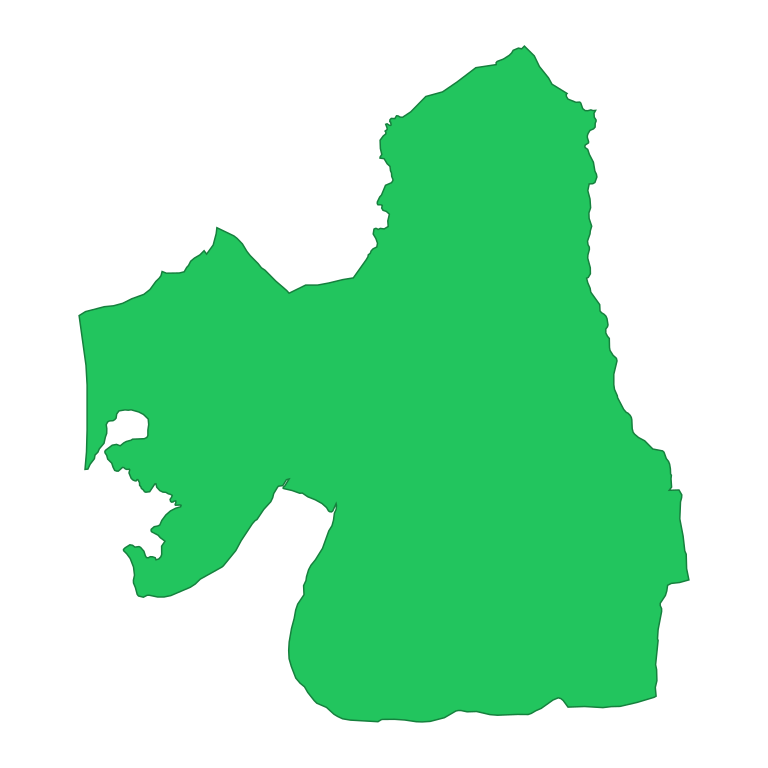 the district of Eratap, Shefa, Vanuatu
{"feature_id": "77236927B93199120734028", "entity_name": "Eratap", "entity_type": "district", "adm_level": 2, "iso_a3": "VUT", "parent_name": "Vanuatu", "parent_adm1": "Shefa", "projection": "albers", "projection_center": [168.385, -17.773], "detail": "fine", "context": "isolated", "style": "filled", "palette": "green", "viewbox_px": 768, "rotation_deg": 0, "n_neighbors": 0, "source": "geoboundaries", "source_scale": "gbopen_adm2", "svg_char_len": 6085}
<svg xmlns="http://www.w3.org/2000/svg" viewBox="0 0 768 768"><path d="M216.9,227.7L216.2,233.6L213.2,245.0L206.6,254.1L204.1,250.7L199.9,254.9L194.4,258.1L190.7,261.2L188.5,265.5L186.7,267.4L184.2,271.8L179.3,273.0L166.4,273.2L162.1,271.5L161.0,275.7L159.2,278.2L155.8,281.5L150.0,289.5L143.8,294.4L131.9,298.7L122.7,303.3L113.5,305.8L104.3,306.7L85.5,311.6L79.1,315.6L86.0,365.4L87.1,385.0L87.1,429.8L86.5,451.9L85.0,469.4L87.9,469.1L90.1,464.3L94.4,458.7L95.0,455.1L97.9,452.2L99.3,448.9L104.0,443.3L105.4,437.0L106.7,433.4L106.8,428.6L106.2,424.7L107.7,421.9L109.5,420.9L113.0,420.7L114.8,419.6L116.1,418.1L116.7,414.0L119.0,410.9L125.0,409.9L128.4,410.2L131.1,409.8L138.8,412.0L143.4,414.4L148.2,419.0L148.7,424.6L147.9,430.0L147.9,435.6L146.8,437.5L144.3,438.7L132.5,439.2L131.1,440.2L126.3,441.5L123.9,442.8L120.2,445.8L116.5,444.4L112.2,445.2L105.5,450.3L104.9,451.3L105.0,452.8L106.7,455.4L107.7,459.1L111.7,463.1L113.1,467.3L114.7,470.4L116.7,471.1L118.4,471.1L122.5,467.4L123.9,467.6L125.3,468.9L126.7,469.4L129.4,469.2L129.7,469.8L129.0,473.0L131.2,478.4L133.1,480.1L135.2,480.9L136.3,480.8L137.0,479.6L137.8,479.6L139.5,482.6L139.6,485.4L140.8,486.7L141.4,488.4L143.3,489.9L144.5,491.7L145.8,492.2L149.7,491.7L154.8,484.0L155.9,483.8L156.8,487.3L159.8,490.6L162.9,492.1L165.8,492.3L168.3,493.8L170.4,494.3L172.2,495.4L171.6,497.2L170.1,499.3L170.5,501.2L171.4,502.1L173.0,502.0L174.2,501.1L175.7,500.9L175.9,502.6L175.1,504.4L175.4,505.2L180.4,505.0L181.1,505.3L180.6,506.8L175.7,508.2L170.5,510.9L165.9,514.9L161.8,520.4L159.8,525.0L157.7,526.0L154.2,526.7L151.2,529.3L151.1,530.9L151.8,531.9L158.1,535.2L160.3,537.7L165.0,541.2L161.6,546.2L161.7,554.4L160.8,556.8L158.7,559.0L156.0,559.8L155.2,557.7L152.6,556.8L150.2,556.7L148.3,557.8L146.5,557.6L145.4,555.8L143.9,551.2L140.6,547.4L139.0,546.6L134.9,547.1L132.6,545.3L129.9,544.8L125.1,547.8L123.5,549.4L123.6,550.7L126.8,553.9L130.2,558.5L133.5,567.0L134.5,575.2L133.4,580.2L133.5,583.0L135.4,587.6L137.2,594.4L138.5,596.0L143.4,597.2L147.1,595.3L149.1,595.2L157.7,597.0L164.0,597.0L170.8,595.6L190.4,587.2L195.3,584.0L200.3,579.1L222.0,567.0L223.4,565.8L235.8,550.6L241.2,540.6L252.3,523.8L255.0,520.7L257.0,519.5L263.7,509.5L270.8,501.7L272.7,497.7L273.7,493.6L277.5,487.3L278.4,486.2L282.8,485.6L286.4,479.7L289.1,479.0L284.7,486.1L283.3,487.3L283.1,488.2L283.8,488.6L292.1,490.5L299.6,493.2L302.4,493.1L307.8,496.8L315.3,499.8L322.0,503.5L326.6,507.6L328.5,510.9L329.7,511.7L331.5,511.9L332.8,510.9L336.1,503.6L336.5,505.3L336.2,509.2L334.4,513.2L333.5,520.2L332.0,525.7L328.8,530.9L322.5,548.4L315.4,559.8L311.0,565.2L308.6,569.7L306.5,576.7L306.0,580.5L303.6,585.6L304.0,594.7L297.7,604.1L295.7,610.0L294.2,618.4L291.5,628.5L289.2,641.9L288.7,650.4L289.1,658.7L291.3,666.4L295.8,678.1L300.2,683.3L304.5,686.8L307.8,692.5L314.2,700.6L316.8,703.2L326.5,707.4L333.9,714.2L337.5,716.4L342.6,718.8L350.4,720.1L378.0,721.7L381.2,719.7L382.5,719.4L394.6,719.3L404.8,720.0L416.2,721.7L422.1,721.9L430.2,721.4L444.4,717.7L455.9,711.0L458.2,710.5L461.0,710.5L467.1,711.8L476.6,711.5L489.9,714.6L497.5,715.2L517.5,714.4L528.2,714.5L531.3,713.4L535.9,710.7L541.2,708.4L553.0,700.0L558.3,697.8L560.9,698.6L563.2,700.5L568.0,707.1L584.6,706.5L602.9,707.6L611.4,706.6L620.0,706.4L637.2,702.4L654.1,697.3L656.1,696.2L655.3,687.4L656.9,680.7L656.6,669.6L655.6,664.7L658.1,640.4L657.5,638.8L658.1,629.7L661.6,611.6L661.6,608.7L660.2,605.5L660.2,603.3L665.4,595.5L666.8,590.9L667.6,585.3L671.3,583.4L679.6,582.5L688.9,579.9L686.6,568.6L686.2,554.2L684.8,551.0L683.1,536.1L679.8,518.9L680.5,501.9L681.6,497.7L681.8,494.9L679.0,490.0L669.2,490.3L671.6,487.1L671.0,478.8L671.4,475.2L670.6,474.1L670.4,468.9L669.6,464.1L668.5,461.4L666.3,458.6L664.0,452.2L662.6,450.9L652.8,449.0L644.7,440.8L638.5,437.5L634.6,434.2L633.1,432.2L632.2,428.6L631.8,419.7L631.3,417.4L630.1,415.3L628.0,413.2L626.3,412.4L623.7,409.4L617.6,397.7L617.3,395.7L614.5,389.4L613.8,384.6L613.8,374.2L617.0,360.9L616.4,358.3L613.0,355.2L610.0,350.4L609.5,347.5L609.3,338.4L607.5,336.3L605.8,333.0L605.8,329.0L607.5,326.7L608.0,324.9L607.0,318.6L605.9,316.1L604.1,314.3L601.5,312.7L600.0,310.9L599.7,304.6L590.8,292.2L590.1,288.2L587.7,282.6L586.6,278.2L588.3,277.4L590.4,273.8L590.3,267.8L587.7,258.1L587.9,255.0L589.4,249.4L589.3,247.1L588.0,244.7L587.5,241.1L590.0,233.9L590.3,230.9L591.7,226.2L589.1,218.4L588.9,212.9L590.6,207.8L590.0,199.0L587.8,190.6L589.2,183.9L592.8,183.7L594.9,182.5L596.9,177.0L596.4,174.2L594.9,171.1L593.4,162.2L589.4,154.5L587.7,149.4L585.2,147.6L584.8,146.2L585.3,145.0L588.5,142.9L588.6,141.6L587.4,137.8L587.3,135.9L588.1,133.5L590.0,130.4L593.5,128.9L595.1,127.1L595.2,123.3L596.1,121.1L596.0,119.8L594.3,117.3L594.0,113.3L595.6,110.4L593.0,110.6L590.9,109.9L587.8,110.7L585.1,110.6L582.7,108.6L580.8,103.1L579.8,102.1L575.9,102.3L568.0,99.1L566.4,96.5L566.2,94.4L567.1,93.5L552.0,84.2L548.6,78.0L539.4,66.5L534.3,55.9L524.4,46.1L521.7,48.8L518.4,48.1L513.2,50.3L511.7,52.9L509.3,55.3L503.3,59.1L497.2,61.4L496.1,62.7L496.2,64.6L475.8,67.7L456.9,82.1L442.5,91.9L425.8,96.5L410.7,111.9L402.5,117.3L400.2,117.1L398.0,115.9L396.5,115.8L394.8,118.6L391.3,118.4L390.0,119.7L389.8,121.1L389.8,121.7L390.6,122.1L391.1,124.9L390.7,125.4L389.6,125.4L387.1,123.8L385.7,124.3L387.1,128.0L387.1,129.6L385.1,131.1L385.9,132.2L385.8,133.9L383.2,136.0L380.1,140.2L380.4,148.6L381.8,154.5L380.1,157.0L380.0,158.1L384.1,158.7L387.2,163.8L390.0,166.4L390.5,170.7L391.5,173.1L391.7,176.4L392.9,179.3L392.9,180.6L391.5,182.7L385.5,185.3L381.5,195.0L379.7,197.0L377.3,202.0L377.3,203.7L378.0,204.8L380.9,204.8L382.2,205.4L381.7,208.1L383.0,210.3L386.3,211.4L389.4,214.2L387.8,220.9L388.2,226.5L384.2,228.9L380.3,228.4L378.1,229.5L376.6,228.5L375.4,228.4L374.0,229.1L373.2,234.0L375.9,238.6L377.5,243.2L376.8,247.0L373.1,248.8L371.2,250.8L370.2,253.4L368.3,254.8L368.0,256.7L366.3,259.6L353.3,277.9L342.8,279.6L328.8,283.0L317.5,285.1L305.6,285.1L289.1,293.2L286.7,290.5L275.8,281.1L265.0,270.2L261.4,267.8L258.2,263.7L250.2,255.6L246.9,251.4L242.4,243.9L237.1,238.4L233.9,235.9L216.9,227.7Z" fill="#22c55e" stroke="#15803d" stroke-width="1.5"/></svg>